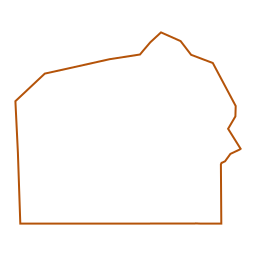 Adams, Pennsylvania, United States of America (Natural Earth projection)
{"feature_id": "52423323B75769363795569", "entity_name": "Adams", "entity_type": "district", "adm_level": 2, "iso_a3": "USA", "parent_name": "United States of America", "parent_adm1": "Pennsylvania", "projection": "natural_earth1", "projection_center": [-77.13, 39.895], "detail": "fine", "context": "isolated", "style": "outline", "palette": "amber", "viewbox_px": 256, "rotation_deg": 0, "n_neighbors": 0, "source": "geoboundaries", "source_scale": "gbopen_adm2", "svg_char_len": 530}
<svg xmlns="http://www.w3.org/2000/svg" viewBox="0 0 256 256"><path d="M221.3,223.6L220.9,164.3L221.6,162.8L222.2,162.7L223.7,161.9L224.7,161.5L225.1,161.2L230.4,153.9L239.7,149.5L240.6,148.8L228.1,128.8L235.4,116.4L235.7,106.0L212.8,63.0L191.1,54.8L180.6,41.1L161.0,32.4L150.3,42.3L143.3,50.5L140.0,54.5L109.6,59.2L66.6,68.8L44.8,73.6L37.1,80.8L15.4,101.2L17.9,152.7L20.3,223.6L114.7,223.6L116.2,223.6L126.2,223.6L126.3,223.6L195.2,223.5L195.5,223.4L200.4,223.6L221.3,223.6Z" fill="none" stroke="#b45309" stroke-width="2"/></svg>